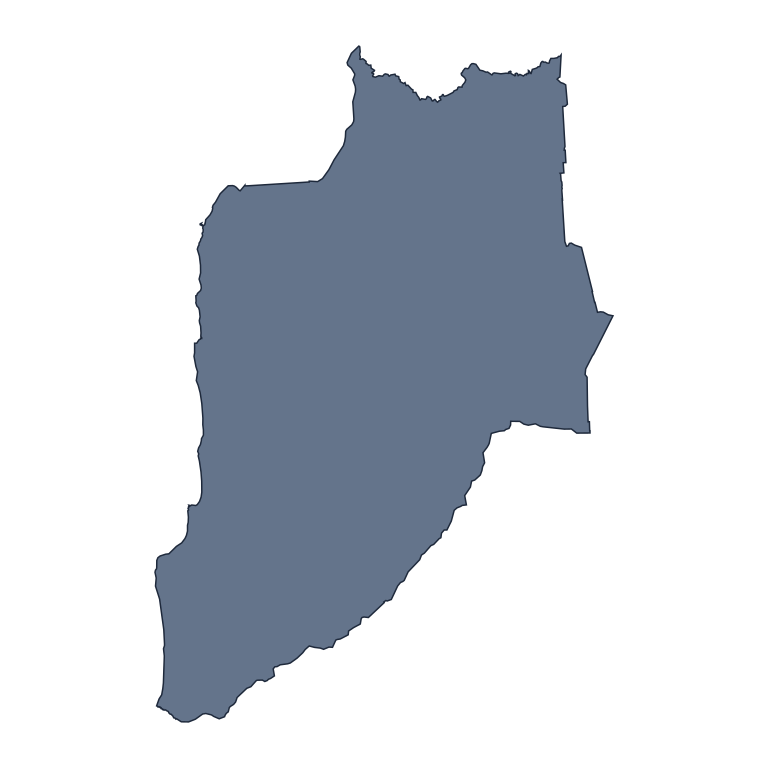 outline of Onkaparinga, South Australia, Australia
{"feature_id": "25037944B62747843124796", "entity_name": "Onkaparinga", "entity_type": "district", "adm_level": 2, "iso_a3": "AUS", "parent_name": "Australia", "parent_adm1": "South Australia", "projection": "albers", "projection_center": [138.568, -35.187], "detail": "fine", "context": "isolated", "style": "filled", "palette": "slate", "viewbox_px": 768, "rotation_deg": 0, "n_neighbors": 0, "source": "geoboundaries", "source_scale": "gbopen_adm2", "svg_char_len": 5969}
<svg xmlns="http://www.w3.org/2000/svg" viewBox="0 0 768 768"><path d="M550.9,58.4L549.5,61.1L549.3,62.8L548.6,63.2L547.0,63.0L545.5,62.1L543.6,62.2L542.8,61.4L542.0,61.6L540.8,63.1L539.9,66.5L538.0,66.8L537.3,67.6L535.9,68.3L532.3,69.4L531.1,73.5L530.4,73.4L529.4,71.2L528.4,70.5L528.5,73.5L526.9,73.5L526.5,74.7L525.4,74.3L523.4,76.0L519.9,74.4L518.2,75.6L517.6,73.8L516.7,73.2L515.3,73.6L515.1,74.2L515.4,75.5L514.9,75.8L511.1,73.6L510.8,73.1L510.9,71.5L510.3,71.2L508.6,72.1L508.5,72.6L509.1,73.3L508.8,73.4L505.9,73.2L500.9,73.8L494.2,72.9L493.0,73.4L492.3,74.7L491.8,74.9L487.6,72.0L486.0,72.2L482.8,70.8L479.9,70.2L475.9,64.3L473.3,63.6L471.9,63.7L470.6,64.8L468.5,68.4L467.7,68.7L465.6,68.3L464.9,68.5L462.9,71.0L462.2,72.6L461.4,73.1L461.2,73.8L461.6,75.1L464.7,77.8L465.8,79.9L464.9,82.3L462.3,85.5L462.0,87.1L458.5,87.0L457.9,87.6L457.2,89.6L454.0,90.9L453.1,92.4L447.3,95.4L444.5,96.3L443.9,96.0L443.2,94.6L442.5,94.6L441.9,96.0L439.5,97.0L439.6,97.7L440.8,99.2L440.8,100.0L438.8,100.9L437.6,102.2L436.5,101.4L435.1,99.5L434.5,99.5L433.0,100.9L432.2,100.9L430.6,97.9L427.7,96.4L426.8,97.1L426.5,98.5L425.5,99.4L421.5,98.7L420.6,99.9L419.9,100.0L418.8,97.4L417.4,95.7L415.8,92.4L413.1,92.4L412.9,89.8L411.6,89.2L407.9,85.2L406.1,85.6L405.0,82.6L403.7,83.5L400.3,81.7L400.2,79.9L399.1,79.1L398.7,76.6L395.6,75.8L395.0,74.2L390.7,75.0L389.5,76.1L388.8,75.9L388.0,74.5L385.4,73.9L384.3,74.3L382.6,76.2L378.9,75.7L375.4,77.2L372.8,76.5L372.6,75.9L373.7,74.1L373.5,73.5L372.0,73.1L371.9,72.5L374.3,71.0L374.5,70.3L371.2,68.2L370.8,65.1L368.7,65.3L367.3,64.0L366.0,63.5L366.1,61.4L363.4,59.1L362.4,58.8L360.8,59.4L359.9,59.2L360.3,56.7L359.7,55.0L359.8,53.0L360.2,52.0L359.8,47.2L359.6,46.5L358.8,46.1L351.4,53.3L347.1,62.6L347.8,65.1L351.3,68.2L354.7,73.9L354.6,75.5L352.9,79.9L355.2,86.2L355.6,89.2L355.4,92.2L352.8,101.8L353.9,118.9L353.6,121.6L351.8,124.9L346.8,129.3L345.7,131.2L345.4,137.1L344.7,141.4L343.4,145.7L334.1,159.8L328.9,169.7L322.5,178.6L317.7,181.6L309.2,181.1L309.2,182.0L248.2,185.8L244.9,185.9L244.9,185.2L240.2,190.8L239.2,190.4L236.3,187.4L234.4,186.1L232.6,185.6L228.2,185.8L220.2,193.7L215.5,202.2L213.1,205.2L212.4,207.4L212.7,207.7L212.7,208.4L212.1,211.2L210.0,214.9L205.7,219.7L205.2,223.2L204.4,223.2L205.1,223.5L204.7,224.8L203.5,225.5L201.0,224.1L201.5,223.2L200.2,223.8L200.1,224.7L203.1,226.2L202.7,228.1L203.2,229.5L203.1,231.3L202.9,232.3L202.1,233.2L202.6,235.7L201.8,237.7L200.9,238.9L200.4,241.0L199.1,243.1L198.9,245.3L198.2,246.3L197.3,249.2L199.4,256.1L200.5,265.2L200.6,273.0L199.1,279.1L201.0,285.0L201.3,288.1L200.6,290.5L197.5,293.4L196.7,295.4L195.8,295.8L196.1,301.1L195.8,302.8L196.9,306.0L198.6,307.8L199.4,310.3L200.1,316.8L199.3,320.6L199.6,322.9L200.6,326.1L201.0,332.9L200.8,336.4L201.7,337.7L201.7,338.4L200.6,338.2L200.5,339.1L199.1,339.7L196.7,343.2L194.6,343.2L194.6,352.9L194.0,356.3L195.9,366.5L197.6,371.8L196.3,380.6L198.2,385.4L200.2,392.9L201.8,403.5L202.9,418.2L202.8,424.7L203.4,430.0L203.4,435.2L201.5,438.6L201.3,440.9L200.4,444.6L198.6,447.9L197.7,451.3L198.7,453.9L198.2,455.9L199.4,461.0L201.0,471.9L201.7,481.2L201.8,492.2L201.1,497.1L199.5,501.5L197.3,504.6L195.8,505.5L191.7,505.0L190.8,505.6L188.8,505.2L189.4,506.4L188.6,506.6L188.7,507.7L188.0,508.2L188.6,510.0L187.8,510.8L188.4,517.1L188.2,522.4L187.5,525.2L187.5,531.1L186.4,535.5L185.0,538.5L181.7,542.9L176.4,546.4L168.9,553.8L165.6,554.2L160.1,556.0L157.9,557.7L156.8,560.4L156.7,567.8L156.4,569.1L155.5,570.1L155.0,572.3L156.2,578.0L155.5,586.1L159.6,599.1L163.8,629.8L164.5,643.8L164.5,645.6L163.5,648.7L164.3,655.9L164.2,659.4L163.4,683.0L162.8,688.6L161.7,694.8L159.1,698.9L156.6,705.9L157.7,706.4L158.0,707.0L159.0,706.6L159.4,706.8L159.4,707.2L160.4,707.2L160.5,707.9L161.2,707.9L161.3,708.8L162.4,708.9L162.7,709.6L163.5,709.5L163.5,709.9L164.1,710.1L165.7,709.9L166.4,710.6L168.4,711.5L168.7,712.7L170.2,714.2L171.1,714.2L173.0,716.2L173.7,717.8L174.9,718.0L175.9,719.2L176.6,718.8L181.3,721.8L188.6,721.9L195.4,719.2L202.7,714.0L205.8,713.5L211.5,714.9L213.7,716.4L219.2,718.8L224.6,716.7L225.0,715.4L226.3,713.3L228.2,711.9L229.3,707.6L230.3,706.5L233.6,704.4L235.6,702.0L237.1,697.5L246.8,688.3L250.9,686.7L256.4,680.5L257.5,680.2L262.4,680.1L264.8,681.5L267.3,680.5L268.4,679.3L270.5,678.5L274.4,675.9L273.2,668.9L274.8,666.8L277.1,666.6L280.2,664.8L287.7,663.8L290.3,663.0L297.1,658.1L302.8,652.7L305.2,649.5L309.2,646.0L314.6,647.4L320.4,648.1L323.6,649.3L328.9,647.1L332.5,647.3L335.8,640.1L337.1,639.5L340.2,639.0L348.2,634.8L348.6,631.0L353.6,627.6L360.3,624.0L361.2,618.7L362.0,617.5L364.0,617.0L368.4,617.5L384.2,602.6L383.8,602.0L385.9,600.5L387.1,601.0L391.3,599.5L397.7,585.9L400.5,582.5L402.8,581.5L404.2,580.4L408.1,571.9L419.7,559.7L421.5,555.0L424.4,553.1L430.9,545.6L433.7,544.4L439.1,538.7L440.9,537.7L441.5,533.1L444.2,530.0L446.9,530.0L451.3,521.1L454.2,510.3L457.1,507.8L460.7,506.4L462.2,505.4L466.4,504.9L464.7,495.6L470.4,487.1L471.6,481.1L474.8,480.0L480.3,475.0L481.9,470.6L482.6,466.7L484.6,462.8L483.0,452.7L487.1,447.3L488.6,444.7L489.2,443.3L491.3,433.4L499.5,431.2L504.4,430.7L505.7,429.5L509.0,428.4L510.6,425.0L510.7,421.3L519.8,421.4L523.8,424.1L528.3,425.2L535.4,423.8L540.3,426.3L543.1,426.8L564.2,429.1L571.4,429.0L576.7,433.1L590.0,433.0L590.0,430.8L589.7,430.8L589.4,421.7L588.1,421.8L587.5,405.8L587.1,377.2L585.1,374.6L585.7,368.9L592.7,355.2L593.3,354.8L613.0,315.8L608.2,314.8L603.3,312.1L600.5,311.8L597.5,312.3L595.0,302.3L594.6,302.4L592.1,291.6L592.5,291.5L581.5,247.4L574.7,245.1L571.3,243.1L569.4,243.4L568.2,245.8L566.5,246.3L564.8,241.5L562.2,199.4L562.5,199.6L561.8,190.0L562.2,188.3L561.8,187.2L562.1,185.5L561.8,182.0L561.1,180.7L560.6,174.0L560.1,173.3L563.9,172.9L563.2,162.7L565.9,162.6L565.2,150.2L564.2,150.2L564.4,148.1L565.0,146.6L562.7,106.5L565.2,106.2L567.4,104.2L565.7,84.9L563.5,83.5L560.6,82.5L557.1,79.2L558.8,77.5L559.9,77.0L561.1,54.9L560.0,56.4L558.5,56.4L557.4,57.7L553.9,58.4L550.9,58.4Z" fill="#64748b" stroke="#1e293b" stroke-width="1.5"/></svg>